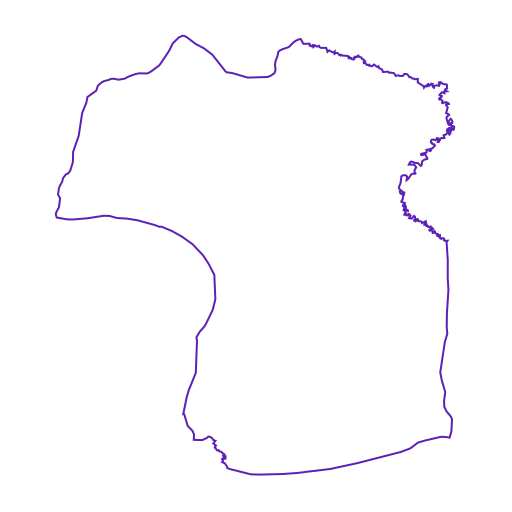 the district of Stueng Trang, Kâmpóng Cham, Cambodia, rotated 92°
{"feature_id": "14789045B55361225706218", "entity_name": "Stueng Trang", "entity_type": "district", "adm_level": 2, "iso_a3": "KHM", "parent_name": "Cambodia", "parent_adm1": "Kâmpóng Cham", "projection": "robinson", "projection_center": [105.52, 12.333], "detail": "fine", "context": "isolated", "style": "outline", "palette": "violet", "viewbox_px": 512, "rotation_deg": 92, "n_neighbors": 0, "source": "geoboundaries", "source_scale": "gbopen_adm2", "svg_char_len": 5769}
<svg xmlns="http://www.w3.org/2000/svg" viewBox="0 0 512 512"><g transform="rotate(92 256 256)"><path d="M103.0,430.0L108.8,430.9L119.1,434.7L142.1,437.4L158.3,442.4L168.6,442.3L172.0,443.2L177.4,444.7L180.0,446.7L181.2,448.9L184.8,451.5L188.7,452.4L192.9,454.6L195.8,455.4L201.5,456.0L205.2,453.8L214.4,454.7L218.7,456.9L221.3,457.6L224.5,456.5L226.0,445.9L225.9,440.4L224.2,425.8L221.1,409.6L221.1,403.7L222.9,396.3L223.1,386.8L224.4,375.9L228.5,358.6L230.2,353.4L230.0,351.4L234.2,340.4L239.1,330.9L246.3,320.0L257.3,308.8L265.6,303.0L276.3,297.0L300.6,295.1L311.4,297.4L325.9,303.8L328.5,305.3L333.2,309.3L339.4,312.7L342.6,312.0L374.9,312.1L392.7,318.6L399.9,320.4L416.6,323.2L416.7,322.2L428.3,318.3L432.9,313.4L436.6,311.7L441.9,311.8L441.9,303.5L439.6,298.7L438.1,297.4L438.4,295.3L439.8,293.3L441.3,292.3L442.1,290.1L444.8,292.1L446.8,289.4L447.9,290.4L448.9,290.5L449.0,289.9L451.3,288.5L451.7,287.4L451.3,286.6L452.4,286.0L452.9,283.7L453.7,283.3L455.3,280.7L456.6,281.8L457.2,279.4L459.0,279.5L458.3,280.3L458.4,281.3L459.1,281.8L459.7,280.7L460.3,282.8L461.8,281.8L463.2,282.7L464.2,280.0L467.2,277.8L468.9,277.3L469.9,274.5L474.4,253.4L474.3,244.6L473.0,222.2L471.5,208.0L466.2,174.1L459.5,147.6L446.8,104.5L442.9,95.1L436.9,87.7L434.7,81.3L430.2,64.7L430.3,59.4L430.8,56.2L424.6,54.6L412.2,54.4L409.7,55.6L404.7,60.1L400.1,62.6L394.0,63.0L385.5,62.1L374.0,65.9L366.0,67.8L335.6,64.3L326.9,62.1L320.5,62.9L306.6,63.2L283.2,62.5L271.6,63.6L253.6,64.2L235.4,66.0L234.0,65.1L234.2,68.0L233.6,68.8L232.2,68.5L231.8,68.9L231.7,71.0L232.4,71.4L231.9,72.5L231.0,73.3L230.1,72.7L228.8,72.9L229.8,75.0L229.4,75.7L228.0,74.8L227.5,75.3L227.3,77.0L226.5,77.9L225.3,78.0L225.0,78.6L226.6,79.3L226.7,80.3L224.9,80.5L224.1,81.6L224.7,82.9L224.4,83.6L223.7,83.6L223.0,82.6L222.6,80.1L220.3,82.5L221.1,83.8L220.9,85.1L220.0,85.3L220.0,86.9L219.4,87.2L219.0,86.4L218.2,86.6L218.3,87.9L219.1,88.2L219.0,88.9L216.8,88.4L216.1,87.3L215.3,87.5L217.3,91.2L215.9,91.7L215.1,95.9L213.8,95.4L213.4,95.9L213.8,96.9L215.8,97.8L215.0,99.2L214.4,99.1L213.9,98.1L211.0,98.6L210.4,99.4L213.2,101.7L212.8,104.3L210.3,102.9L209.0,104.1L208.5,105.1L210.2,105.6L209.5,109.2L208.6,108.9L208.0,107.7L206.6,108.4L206.0,108.2L205.6,107.7L205.5,105.7L204.9,105.9L204.4,107.7L204.4,108.5L205.4,109.4L205.1,110.1L202.4,109.4L202.4,108.0L200.9,108.7L201.3,110.5L200.4,111.0L199.7,110.6L200.2,108.6L198.9,109.3L197.8,109.1L196.9,112.6L195.5,112.4L194.3,111.3L191.3,111.3L190.2,110.5L189.4,111.7L188.8,111.7L188.3,110.0L187.4,110.0L187.1,110.8L187.5,111.6L188.8,113.1L188.4,113.9L186.5,114.6L185.8,114.1L185.8,112.8L184.0,115.1L182.2,115.6L178.1,114.1L171.3,113.5L170.1,111.6L170.2,108.8L171.4,107.8L174.9,108.1L173.6,106.6L168.9,103.6L168.3,102.3L168.3,100.0L167.8,99.5L166.4,100.5L164.9,100.6L161.7,99.0L159.2,101.1L159.3,106.5L156.8,105.2L156.3,104.4L156.3,103.4L157.4,100.1L157.6,97.3L160.2,94.6L159.9,93.9L158.6,93.4L156.3,93.5L155.1,92.8L153.6,90.7L153.2,88.4L152.6,88.1L148.3,90.6L149.5,93.8L149.2,94.5L148.2,94.5L146.7,89.4L146.1,89.0L143.9,89.4L143.5,86.7L144.8,86.5L145.1,85.5L144.5,84.9L143.4,85.6L142.8,85.5L142.5,83.8L139.4,81.0L138.2,81.7L138.0,83.4L137.3,84.3L136.8,84.1L136.1,85.2L134.3,85.0L133.6,84.3L133.5,83.0L133.9,80.6L133.6,80.0L131.9,79.4L132.2,77.7L135.7,78.4L135.8,77.4L132.0,75.4L131.5,74.6L131.8,72.8L131.4,71.7L128.9,72.8L128.3,72.2L128.2,70.7L126.2,68.9L126.7,67.7L127.9,67.0L126.6,66.0L125.5,66.1L122.9,65.0L122.4,65.4L122.6,66.4L124.9,68.1L124.5,69.5L122.9,69.4L121.4,67.6L120.7,65.0L122.8,63.8L123.0,63.1L122.4,62.7L120.0,62.4L119.3,63.5L119.2,64.9L118.3,65.4L118.4,67.1L118.0,68.0L116.8,68.3L116.1,64.5L115.1,64.3L112.6,65.5L112.1,66.3L115.9,69.1L111.5,70.5L110.2,70.1L108.3,67.9L107.3,69.0L106.6,71.0L100.7,69.6L98.7,71.2L97.9,71.3L97.3,68.6L96.6,69.0L95.7,71.4L95.8,72.8L96.7,74.6L96.5,75.4L94.3,75.0L92.6,77.5L93.1,78.2L92.6,78.5L91.8,78.1L90.7,76.2L89.7,75.8L88.9,78.2L88.3,78.1L85.9,75.9L86.8,73.4L85.0,73.6L84.7,71.1L83.6,72.9L82.7,72.7L81.9,70.9L78.0,71.3L77.5,75.2L75.8,77.6L76.4,78.3L76.0,79.0L76.5,79.4L77.3,79.0L77.2,78.4L77.8,78.3L79.7,79.1L79.0,80.9L79.6,83.2L79.9,83.9L81.6,84.0L81.3,84.7L79.0,85.9L78.0,85.4L77.7,87.0L79.5,88.3L79.9,89.1L78.1,89.9L78.6,90.5L79.3,90.4L80.6,91.1L80.6,91.7L79.9,92.1L80.4,93.1L81.9,94.0L80.4,94.5L76.9,100.4L73.4,100.4L73.8,103.4L73.2,104.4L73.2,105.9L71.8,107.6L71.9,109.0L69.8,110.4L68.9,111.8L68.9,114.1L70.8,115.3L71.1,118.6L70.4,120.4L71.2,122.6L68.6,124.3L68.0,127.7L68.2,129.5L67.2,130.3L67.7,135.5L65.3,136.5L64.0,139.4L62.2,140.2L62.9,140.9L62.6,141.9L60.5,144.7L62.3,146.7L61.8,148.4L62.0,149.4L60.9,149.6L61.2,152.0L59.6,153.1L59.5,154.9L58.5,155.1L58.6,154.4L57.6,153.8L57.5,154.7L56.9,154.5L56.0,155.1L55.2,157.1L53.9,157.6L53.4,160.1L52.1,160.6L52.4,161.2L53.0,161.1L53.0,162.1L53.7,162.4L53.5,164.1L54.4,164.0L54.6,165.1L56.1,165.0L56.1,166.4L55.6,167.8L54.9,167.8L55.1,170.3L54.5,170.4L53.9,169.6L53.1,170.7L53.4,171.2L52.8,172.0L52.7,176.4L52.0,177.9L52.6,178.4L52.0,178.9L52.2,179.8L50.4,181.4L50.3,182.1L50.2,182.9L51.2,184.4L48.8,184.5L50.0,185.8L48.0,190.2L49.5,191.7L45.6,193.0L45.7,198.4L44.9,200.0L43.7,200.5L44.6,202.5L43.4,204.4L44.6,205.4L43.7,205.4L43.1,206.1L43.3,206.9L44.7,207.1L43.9,209.7L42.3,209.6L42.0,210.1L42.3,216.1L37.6,218.8L37.9,220.5L39.5,223.8L40.9,225.7L46.1,230.6L48.4,236.7L49.7,239.2L51.3,240.9L55.1,241.4L60.7,243.3L63.9,243.7L69.6,243.0L72.6,243.9L75.4,247.7L76.7,250.7L78.0,270.4L74.0,286.1L73.4,291.8L72.5,293.0L56.5,306.5L50.4,315.0L46.0,324.0L39.8,332.7L38.6,335.2L38.4,336.9L40.2,340.7L46.4,346.6L54.0,350.0L67.1,358.1L69.1,359.6L74.6,366.5L77.0,370.0L77.4,372.0L77.5,379.2L78.5,383.2L80.9,389.1L83.4,393.6L84.6,399.5L83.8,404.2L84.1,407.3L85.2,409.4L86.4,413.7L87.6,416.0L91.3,420.0L96.3,421.4L103.0,430.0Z" fill="none" stroke="#5b21b6" stroke-width="2"/></g></svg>